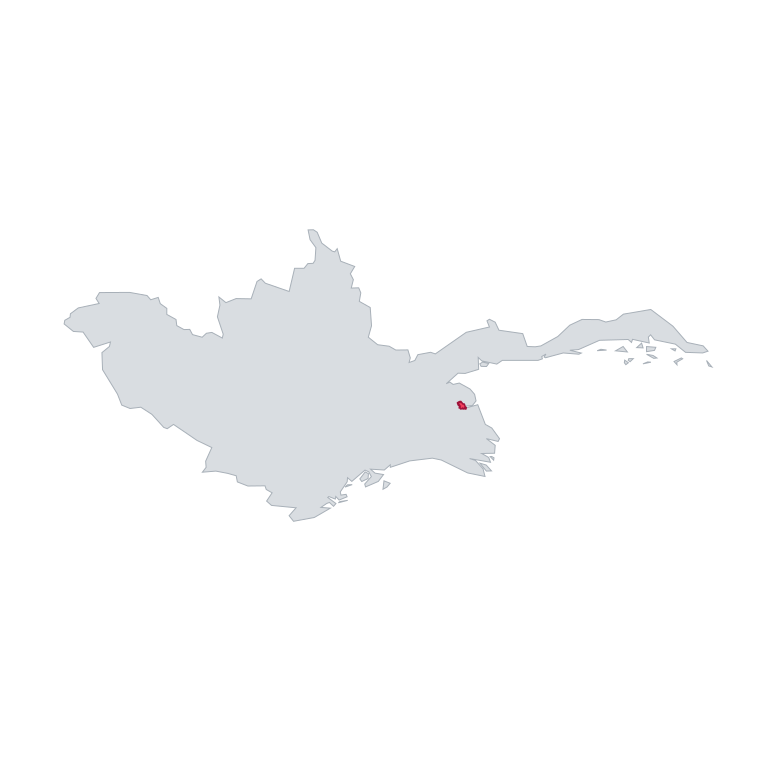 Yangon (East), Yangon, Myanmar shown in context, rotated 276°
{"feature_id": "60261553B46723390806239", "entity_name": "Yangon (East)", "entity_type": "district", "adm_level": 2, "iso_a3": "MMR", "parent_name": "Myanmar", "parent_adm1": "Yangon", "projection": "orthographic", "projection_center": [96.224, 16.895], "detail": "fine", "context": "in_parent", "style": "filled", "palette": "rose", "viewbox_px": 768, "rotation_deg": 276, "n_neighbors": 0, "source": "geoboundaries", "source_scale": "gbopen_adm2", "svg_char_len": 5712}
<svg xmlns="http://www.w3.org/2000/svg" viewBox="0 0 768 768"><g transform="rotate(276 384 384)"><path d="M497.8,342.6L490.1,339.0L484.6,342.6L476.0,341.4L477.0,348.8L472.2,351.4L463.6,350.8L458.6,362.3L440.6,365.5L428.9,363.5L422.4,373.6L422.1,385.2L419.0,392.2L420.4,404.2L412.7,407.4L408.0,406.7L410.6,412.2L416.7,414.6L420.4,427.0L419.3,431.9L444.0,460.4L451.7,482.9L457.6,479.8L459.4,482.1L457.1,488.1L449.5,492.7L448.6,516.7L436.3,522.5L436.8,530.5L438.3,536.1L449.4,551.9L461.9,562.6L468.9,574.2L470.5,591.0L468.8,598.1L472.1,608.2L478.5,614.8L486.0,641.5L471.7,665.3L457.0,681.0L455.3,697.4L450.5,702.8L448.2,697.7L447.0,680.6L454.1,669.6L456.2,648.5L460.8,644.0L458.3,642.0L452.5,643.5L454.4,626.5L451.2,625.8L453.8,622.2L450.0,593.8L438.6,573.9L437.0,565.3L435.4,577.0L434.0,574.7L433.6,559.0L427.0,541.9L427.6,540.4L430.7,541.9L427.8,538.0L425.6,538.9L423.6,534.7L419.9,499.2L415.6,494.1L417.2,478.8L420.3,474.9L408.5,476.6L403.0,463.6L402.5,456.5L390.8,445.9L392.8,449.3L390.8,452.8L392.8,458.8L388.0,470.1L383.2,475.2L376.8,477.3L371.8,474.1L370.7,468.2L368.7,468.1L373.2,479.4L354.4,489.0L351.5,495.8L341.7,504.6L338.8,503.5L340.4,491.5L334.6,501.0L326.7,501.2L325.1,488.4L321.9,495.8L317.3,498.1L318.8,476.9L317.5,483.0L309.9,491.4L302.6,494.1L304.3,476.5L314.4,448.9L315.3,439.8L310.2,417.6L301.8,399.0L304.3,398.7L298.5,393.3L297.9,379.5L294.4,384.4L293.9,393.0L286.5,388.5L279.7,376.4L282.5,375.3L290.6,381.1L295.1,378.0L296.4,374.1L283.8,362.2L287.0,357.5L282.9,357.6L272.1,351.8L269.0,352.8L270.3,357.8L268.0,359.1L263.9,351.5L267.1,347.8L264.5,347.6L266.3,340.9L265.3,339.9L260.1,348.7L257.1,346.6L260.5,342.1L259.2,339.5L254.7,334.2L254.9,343.6L244.0,328.7L238.0,308.4L243.1,303.4L251.7,309.5L251.5,284.8L255.3,279.5L264.1,284.1L266.8,277.9L270.3,276.3L268.3,259.3L271.3,248.4L277.3,246.6L278.8,237.8L279.8,225.9L277.3,212.6L282.5,215.8L288.6,214.7L302.8,219.4L308.3,204.0L321.8,178.9L316.9,173.1L317.8,169.5L329.5,156.4L335.5,144.6L333.1,134.0L335.6,125.4L346.1,120.0L368.8,102.6L385.7,100.2L392.6,107.0L397.2,107.6L390.1,91.4L404.2,79.3L403.8,69.6L410.3,59.6L414.0,59.9L417.5,64.8L421.1,64.8L427.7,72.0L434.3,92.3L439.0,88.6L445.2,91.5L448.5,121.5L447.2,139.1L443.4,143.2L446.5,150.4L440.5,153.1L436.5,160.1L430.5,160.7L426.4,170.4L420.4,171.8L417.2,179.4L418.0,185.1L413.1,188.4L411.5,198.3L415.9,202.1L417.3,207.4L412.8,218.4L416.7,218.9L433.4,211.3L445.3,212.6L453.3,210.7L448.4,218.3L453.5,228.0L454.8,243.0L472.7,247.0L475.7,250.8L471.8,255.5L466.1,280.0L489.7,283.0L490.7,292.4L495.8,295.7L496.6,300.9L499.8,302.5L512.5,302.0L519.8,295.4L529.3,292.4L530.0,297.7L527.9,301.7L517.6,307.4L510.7,318.7L510.3,321.2L513.7,323.3L501.6,328.1L497.8,342.6ZM287.1,369.9L294.6,374.5L293.2,377.9L288.3,378.0L284.7,372.1L287.1,369.9ZM441.2,610.8L446.3,617.9L441.3,622.7L441.2,610.8ZM285.9,400.5L281.9,397.8L279.2,394.0L287.7,394.1L285.9,400.5ZM448.7,641.2L448.9,650.5L445.7,649.5L443.6,641.7L448.7,641.2ZM314.1,494.1L308.8,500.0L308.1,494.9L315.3,487.6L314.1,494.1ZM415.3,486.0L412.1,484.1L411.7,478.7L414.1,477.2L416.1,479.8L415.3,486.0ZM438.4,652.7L437.7,649.6L441.0,642.0L440.5,648.6L438.4,652.7ZM436.7,670.1L441.0,677.0L440.3,678.4L436.3,672.9L433.7,673.4L436.7,670.1ZM451.6,635.9L447.0,637.9L446.6,631.5L451.6,635.9ZM441.1,702.3L435.2,708.4L435.9,705.1L441.1,702.3ZM262.5,352.5L264.5,360.1L261.1,351.0L262.5,352.5ZM441.2,596.1L441.0,601.8L439.4,592.5L441.2,596.1ZM279.9,358.1L280.6,362.9L277.4,356.0L279.9,358.1ZM435.3,629.3L431.9,626.4L433.1,624.4L434.8,624.8L435.3,629.3ZM432.9,620.9L430.7,624.8L428.5,622.5L430.3,620.8L432.9,620.9ZM433.5,643.9L433.6,647.2L431.1,639.4L433.5,643.9ZM322.1,501.1L319.7,501.0L322.9,497.2L323.2,498.6L322.1,501.1ZM449.5,670.6L447.3,670.0L449.0,666.2L449.5,670.6Z" fill="#d9dde1" stroke="#a8b0b8" stroke-width="1"/><path d="M374.5,461.6L374.4,461.6L374.2,461.7L373.9,461.7L373.6,461.6L373.6,461.4L373.9,461.0L374.2,460.7L374.0,460.4L374.0,460.5L374.0,460.4L373.9,460.3L373.9,460.2L373.7,460.1L373.4,460.0L373.2,460.0L373.2,459.8L373.2,459.6L373.1,459.3L373.1,459.2L372.9,459.1L372.7,459.2L372.6,459.3L372.4,459.4L372.2,459.3L372.0,459.5L371.9,459.6L371.7,459.7L371.7,459.8L371.5,459.7L371.4,459.7L371.3,459.8L371.2,459.8L371.1,460.0L370.9,460.0L370.6,460.3L370.8,460.4L370.9,460.5L371.0,460.6L370.9,460.8L371.0,460.9L371.1,461.0L370.9,461.1L370.7,461.2L370.4,461.3L370.4,461.5L370.2,461.5L370.2,461.4L370.0,461.5L369.8,461.8L369.7,461.8L369.7,462.0L369.5,461.9L369.4,461.8L369.3,461.7L369.2,461.6L368.9,461.6L368.7,461.5L368.7,461.4L368.4,461.3L368.2,461.3L368.2,461.5L368.0,461.8L368.0,462.0L368.1,462.3L367.8,462.4L367.7,462.4L367.6,462.5L367.4,462.6L367.2,462.9L367.3,463.3L367.4,463.6L367.5,463.9L367.5,464.0L367.5,464.4L367.6,464.5L367.8,464.4L367.9,464.5L368.0,464.5L368.1,464.4L368.2,464.5L368.3,464.7L368.3,464.8L368.2,464.8L368.0,465.0L367.9,465.1L367.6,465.2L367.5,465.9L367.8,466.2L368.0,466.4L368.1,466.5L368.1,466.8L368.0,467.0L367.9,467.2L367.7,467.1L367.6,467.4L367.6,467.5L367.9,467.7L367.9,468.1L368.0,468.1L368.6,468.2L368.8,468.2L368.7,467.9L368.4,467.8L368.3,467.7L368.4,467.4L368.6,467.4L368.7,467.2L368.7,466.9L368.8,466.9L368.8,467.0L368.7,467.1L368.6,467.4L368.4,467.5L368.5,467.8L369.0,468.0L369.1,467.9L369.2,467.7L369.3,467.6L369.5,467.5L369.6,467.4L369.8,467.3L370.0,467.1L370.3,466.9L370.6,466.7L371.2,466.6L371.3,466.6L371.4,466.4L371.5,466.4L371.6,466.2L371.8,466.0L372.1,465.9L372.3,465.9L372.5,465.8L372.5,465.6L372.5,465.4L372.4,465.0L372.5,464.8L372.5,464.4L372.5,464.2L372.8,464.0L372.9,463.9L373.1,463.8L373.3,463.7L373.5,463.5L373.5,463.4L373.7,463.2L373.8,463.2L374.0,462.9L374.2,462.7L374.3,462.6L374.6,462.4L374.7,462.2L374.6,461.9L374.5,461.7L374.5,461.6Z" fill="#f43f5e" stroke="#9f1239" stroke-width="1.5"/></g></svg>